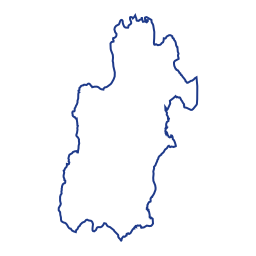 Antsohihy, Sofia, Madagascar (Equal Earth projection)
{"feature_id": "10022922B54557741887580", "entity_name": "Antsohihy", "entity_type": "district", "adm_level": 2, "iso_a3": "MDG", "parent_name": "Madagascar", "parent_adm1": "Sofia", "projection": "equal_earth", "projection_center": [48.096, -14.972], "detail": "fine", "context": "isolated", "style": "outline", "palette": "blue", "viewbox_px": 256, "rotation_deg": 0, "n_neighbors": 0, "source": "geoboundaries", "source_scale": "gbopen_adm2", "svg_char_len": 5782}
<svg xmlns="http://www.w3.org/2000/svg" viewBox="0 0 256 256"><path d="M121.5,240.2L121.5,239.5L122.3,237.7L123.4,236.5L124.7,236.8L126.0,235.6L126.5,235.6L126.6,235.4L126.5,234.7L126.9,234.3L126.8,233.8L128.2,233.3L128.6,233.8L129.3,233.9L130.5,233.1L132.7,229.4L133.7,228.5L134.3,228.5L134.2,227.7L134.4,227.4L134.9,226.9L135.8,227.1L135.5,226.5L135.7,225.9L137.2,225.8L137.8,225.4L138.8,225.7L140.2,225.4L141.1,226.6L141.1,227.6L141.7,227.8L143.1,227.4L143.7,227.5L146.8,225.6L149.5,226.1L151.1,225.9L151.9,225.2L153.0,223.6L152.7,218.8L152.4,218.5L152.1,218.6L151.5,218.0L150.8,218.2L150.8,217.4L150.6,217.3L149.7,217.3L149.6,216.5L149.7,215.2L149.0,211.6L148.6,211.4L148.5,210.0L147.8,210.1L147.6,209.1L147.0,209.3L146.7,209.0L147.0,208.2L146.9,207.5L147.4,207.0L147.4,205.0L147.8,204.5L148.0,203.8L148.9,202.2L150.5,201.6L150.7,200.9L150.5,199.2L150.7,198.3L151.7,196.9L152.2,196.9L152.6,195.8L153.1,195.2L154.1,193.5L155.5,189.8L155.6,187.9L155.2,185.3L153.4,180.9L153.2,177.8L153.6,173.8L153.3,171.4L154.1,168.5L154.0,166.9L155.4,165.3L156.1,163.4L157.1,161.3L157.4,160.0L158.2,158.9L158.5,157.4L159.5,156.0L161.3,154.7L161.4,154.1L163.5,152.3L165.1,149.5L166.8,148.3L168.1,146.2L168.9,145.8L169.7,146.9L170.3,147.1L171.2,146.5L172.1,146.8L172.9,146.7L173.6,147.0L175.8,146.2L175.8,145.5L174.9,142.4L174.0,140.3L172.8,139.1L172.6,137.0L172.0,135.7L171.2,135.4L171.0,136.2L171.2,137.0L169.6,137.4L168.5,136.6L168.2,135.6L167.6,135.1L167.1,132.9L166.5,132.0L166.1,131.9L165.8,133.6L165.6,133.2L165.6,131.9L165.3,131.1L165.7,129.5L165.4,128.7L165.6,128.4L166.7,128.1L167.0,127.6L166.1,127.5L165.9,127.2L166.6,126.2L166.1,125.3L166.2,124.0L166.9,122.0L168.4,121.0L168.4,120.0L169.0,118.7L168.9,118.5L168.0,118.6L167.9,116.6L166.7,114.7L167.0,112.8L166.5,112.1L166.1,111.1L165.5,110.5L165.3,107.1L167.2,109.7L167.6,109.3L170.2,103.6L169.9,100.8L173.2,98.3L175.3,96.4L176.1,96.9L176.1,96.6L176.6,97.0L177.1,96.9L178.8,97.6L179.6,97.4L180.1,97.7L181.3,100.2L182.2,101.3L182.7,102.5L184.1,104.3L183.9,105.2L184.2,105.7L184.1,106.8L184.5,107.4L186.6,107.8L190.9,109.9L191.9,109.9L193.1,109.0L196.4,105.0L196.9,104.0L197.2,99.2L197.3,86.2L196.5,77.3L194.7,78.4L194.0,79.3L192.1,80.7L191.1,80.8L187.9,82.7L187.1,82.8L186.4,81.8L185.6,81.4L185.5,80.5L184.3,78.7L182.6,76.7L181.6,75.1L180.8,74.8L180.3,73.3L179.4,72.9L179.1,72.0L177.8,70.3L176.5,69.9L176.2,69.1L175.6,68.8L174.3,65.9L174.0,63.8L174.0,62.3L174.5,61.4L175.2,60.7L178.6,58.9L178.6,58.1L178.2,56.9L178.0,55.6L178.0,55.0L178.5,53.9L178.5,53.5L177.8,51.7L177.4,47.0L177.2,46.8L176.9,46.9L176.2,45.5L175.7,42.6L175.1,41.1L174.2,40.1L173.7,38.5L173.3,38.2L172.8,38.2L172.6,37.9L172.3,37.0L172.3,36.3L171.8,35.9L170.4,35.2L169.1,35.2L166.6,36.6L165.8,38.1L165.3,38.5L163.8,38.3L163.6,40.7L163.0,42.3L161.6,43.2L160.9,44.2L160.3,44.7L157.9,45.2L156.0,44.2L154.9,44.8L154.2,44.5L154.0,43.7L153.9,42.6L154.2,38.3L154.3,32.0L153.2,25.2L152.6,23.8L151.7,22.4L151.4,19.9L146.6,17.1L145.3,17.4L145.0,17.7L144.9,18.1L145.2,19.8L146.0,20.1L147.7,20.1L147.8,21.1L146.7,22.3L144.9,21.4L143.0,21.8L142.4,20.2L141.8,17.2L141.6,18.4L141.3,19.1L140.9,19.5L139.5,19.9L138.7,20.9L136.9,20.7L136.6,20.3L136.3,18.4L135.6,16.8L135.2,15.4L134.2,17.0L132.9,18.3L132.6,17.6L130.9,17.0L130.3,17.1L130.0,17.7L130.1,19.5L131.1,21.9L131.2,23.2L130.6,24.1L128.8,25.3L128.5,25.7L128.3,27.1L128.0,27.7L125.8,27.6L125.0,27.3L124.1,26.5L123.1,24.1L122.7,22.5L122.7,21.1L122.2,20.2L121.7,19.9L120.9,20.1L120.3,20.8L119.2,23.9L118.7,24.5L116.2,25.8L114.9,27.4L114.4,29.4L115.2,32.2L116.5,33.9L116.4,35.5L116.0,36.5L115.4,37.2L113.9,38.1L113.3,38.0L113.1,38.4L113.1,39.7L113.6,40.6L113.5,41.6L111.6,42.0L110.5,43.4L110.5,44.4L110.7,49.0L111.0,50.3L112.8,54.9L113.0,57.8L112.7,61.1L113.1,62.5L113.4,66.4L114.8,72.4L114.7,76.4L113.6,79.4L111.7,82.8L110.7,84.1L107.2,86.7L106.1,87.2L104.8,87.4L103.6,88.6L103.4,89.6L101.5,89.3L100.3,88.8L98.4,87.2L97.0,86.7L94.5,86.7L92.2,87.2L91.7,86.2L90.9,85.7L90.7,85.2L89.7,84.0L88.9,83.6L88.0,83.8L86.6,85.0L84.4,84.7L83.8,84.8L83.4,85.3L82.4,85.4L80.8,86.2L80.3,87.2L79.4,88.0L79.4,90.0L78.5,90.6L78.7,92.0L79.2,92.3L78.5,93.0L78.3,94.0L78.2,98.5L77.5,100.8L77.5,102.5L76.9,104.3L76.0,105.8L75.4,107.5L74.7,108.4L74.7,110.3L74.4,111.2L74.0,111.4L72.9,111.4L72.6,111.7L72.3,112.9L72.7,114.7L72.6,115.3L73.0,116.1L73.8,116.8L74.8,117.1L75.7,118.5L76.0,118.7L76.7,118.5L77.0,121.2L77.2,122.3L77.2,123.2L77.4,123.9L77.3,125.1L77.9,125.8L77.5,126.9L77.3,128.3L77.5,129.5L77.0,132.9L76.4,134.6L76.3,135.3L76.7,136.3L78.0,137.5L79.0,139.5L78.9,140.9L79.2,143.4L78.6,145.9L78.5,148.4L78.0,151.1L77.9,152.4L77.3,152.4L76.8,151.4L76.4,151.1L75.9,151.3L75.2,151.2L73.0,152.0L72.1,153.2L69.5,154.7L69.1,155.6L68.4,158.4L68.9,159.8L68.6,161.3L69.3,162.3L68.9,164.0L68.2,164.4L67.6,164.0L66.9,163.9L66.9,165.6L66.5,166.9L65.1,168.3L64.3,170.3L63.7,170.6L64.2,172.7L63.6,175.4L63.6,177.0L64.4,179.0L64.3,180.0L65.0,180.4L65.3,180.8L65.2,182.6L64.8,183.2L63.9,183.4L62.8,184.3L62.0,186.4L62.0,187.3L61.6,189.0L61.8,189.9L61.4,191.4L61.6,193.6L60.7,194.8L60.1,196.8L60.1,200.9L60.8,203.7L60.5,204.9L58.8,207.8L58.7,209.0L58.7,210.2L60.1,212.2L60.3,214.9L60.9,217.3L61.0,219.5L61.3,220.9L62.4,221.9L63.9,222.6L64.9,222.8L66.2,223.7L67.4,225.4L68.1,226.8L69.2,228.2L69.6,228.5L70.7,228.6L72.0,230.5L73.7,231.4L75.8,232.1L76.2,230.1L77.4,229.2L78.6,226.6L79.6,226.1L80.5,224.4L82.4,222.6L84.6,221.7L86.2,219.9L87.3,219.7L88.5,220.4L91.0,220.8L91.7,221.3L92.3,222.1L93.0,224.1L92.5,228.3L92.5,229.7L92.6,230.4L93.1,231.1L94.3,231.3L96.0,229.9L96.8,228.0L97.2,227.5L98.1,227.1L100.6,227.2L101.8,226.6L103.0,225.3L104.2,223.2L105.9,223.6L107.3,225.9L108.2,226.5L110.0,227.1L113.8,230.1L114.3,231.1L118.0,234.8L118.3,235.8L118.2,236.7L118.9,237.9L120.2,239.2L120.9,240.5L121.2,240.6L121.5,240.2Z" fill="none" stroke="#1e3a8a" stroke-width="2"/></svg>